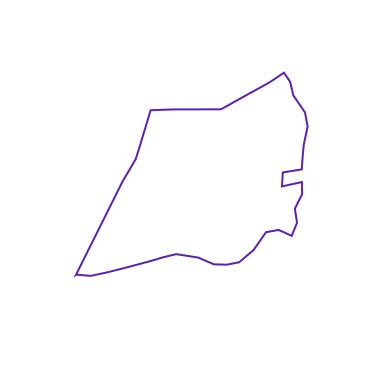 outline of Mandoul Occidental, Mandoul, Chad, rotated 57°
{"feature_id": "50815135B23154120961269", "entity_name": "Mandoul Occidental", "entity_type": "district", "adm_level": 2, "iso_a3": "TCD", "parent_name": "Chad", "parent_adm1": "Mandoul", "projection": "natural_earth1", "projection_center": [17.307, 8.609], "detail": "fine", "context": "isolated", "style": "outline", "palette": "violet", "viewbox_px": 384, "rotation_deg": 57, "n_neighbors": 0, "source": "geoboundaries", "source_scale": "gbopen_adm2", "svg_char_len": 645}
<svg xmlns="http://www.w3.org/2000/svg" viewBox="0 0 384 384"><g transform="rotate(57 192 192)"><path d="M100.9,182.2L124.8,210.4L133.7,221.2L139.3,232.3L145.0,243.9L198.2,334.3L198.2,334.2L207.2,322.6L213.2,306.9L219.3,289.0L226.7,266.4L231.3,251.0L235.5,239.1L250.3,222.6L264.6,213.0L271.9,202.4L276.6,190.7L274.2,171.9L266.0,151.8L271.0,140.0L283.1,132.2L274.9,120.6L262.0,114.8L253.8,100.8L243.5,94.4L236.3,113.5L225.1,105.2L232.8,87.6L222.4,79.8L213.0,72.3L200.2,59.5L186.9,53.9L166.2,54.4L153.0,49.7L142.0,49.9L142.0,50.6L142.3,66.8L141.0,84.9L138.4,122.7L112.0,163.6L100.9,182.2Z" fill="none" stroke="#5b21b6" stroke-width="2"/></g></svg>